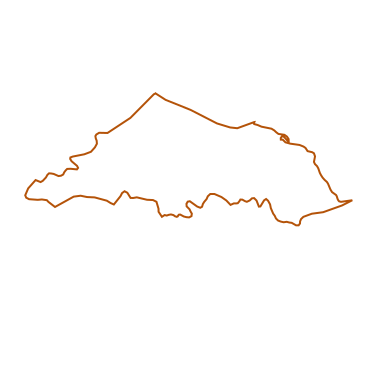 the Governorate of Lahij, rotated 217°
{"feature_id": "YEM-157", "entity_name": "Lahij", "entity_type": "Governorate", "adm_level": 1, "iso_a3": "YEM", "parent_name": "Yemen", "parent_adm1": "", "projection": "orthographic", "projection_center": [44.466, 13.315], "detail": "fine", "context": "isolated", "style": "outline", "palette": "amber", "viewbox_px": 384, "rotation_deg": 217, "n_neighbors": 0, "source": "natural_earth", "source_scale": "10m", "svg_char_len": 2423}
<svg xmlns="http://www.w3.org/2000/svg" viewBox="0 0 384 384"><g transform="rotate(217 192 192)"><path d="M184.3,285.4L183.9,283.9L183.2,283.7L179.9,285.0L175.8,286.0L166.6,290.4L163.4,290.7L160.6,290.4L157.9,290.4L152.6,293.3L149.5,293.4L146.7,292.4L145.1,290.4L147.0,290.5L150.5,291.2L152.5,291.4L153.7,290.4L153.6,288.5L152.6,287.3L151.0,288.4L147.3,287.9L142.7,289.7L134.4,294.3L130.3,295.4L127.9,295.5L124.3,294.2L120.0,296.1L117.9,296.3L115.2,294.5L112.7,289.4L110.6,288.3L107.7,287.9L105.4,286.9L101.4,284.2L99.1,283.1L96.4,282.1L93.5,281.5L90.3,281.2L88.4,280.5L82.9,277.3L80.1,276.2L75.1,276.3L73.8,275.7L71.6,274.1L70.2,273.4L68.9,273.1L67.1,273.8L59.0,281.9L64.1,271.5L75.1,254.8L83.2,246.8L88.1,239.2L88.6,236.0L88.0,233.6L86.8,231.8L86.8,229.5L88.8,228.0L93.8,227.4L95.9,226.2L98.4,225.2L100.6,223.0L103.3,221.8L106.1,221.0L109.0,221.4L111.6,222.8L114.2,223.6L119.4,226.6L122.2,229.1L126.0,230.8L128.6,231.0L129.4,228.7L128.7,221.6L129.8,220.6L135.3,224.0L138.7,224.5L140.3,223.0L140.8,220.0L142.3,217.2L144.1,216.6L147.2,216.2L148.8,215.1L148.6,213.0L148.7,210.6L149.9,209.4L151.7,208.1L153.5,204.9L159.5,205.9L165.5,205.7L172.9,203.9L176.2,201.4L176.8,198.1L176.1,195.2L176.3,191.5L176.1,189.0L175.1,186.3L175.9,184.4L179.1,183.5L188.2,183.3L189.6,181.7L189.3,179.2L187.6,177.3L183.5,176.7L181.5,175.6L179.1,174.6L177.9,172.4L179.0,170.0L181.2,168.6L183.8,167.5L187.8,166.9L188.8,166.0L188.9,164.9L188.7,164.0L189.2,163.0L191.0,162.4L192.9,162.4L195.3,161.4L196.8,159.8L198.0,158.0L200.0,157.1L201.1,154.1L206.8,156.1L208.7,158.5L214.5,162.8L218.3,162.1L223.3,158.7L232.9,154.5L235.4,151.8L237.5,150.3L243.2,152.5L246.3,152.0L247.2,149.1L246.6,145.6L246.9,135.0L250.3,134.2L254.8,133.8L266.5,129.1L272.8,124.8L278.7,122.0L283.7,117.1L292.4,97.6L300.7,97.7L303.0,98.1L307.4,95.7L310.5,92.9L317.8,88.2L321.0,87.7L323.2,89.0L325.0,96.3L324.1,107.4L318.9,108.8L317.9,111.1L317.4,115.7L317.8,118.7L317.4,120.9L315.5,122.1L313.3,123.2L308.2,124.4L306.4,126.2L305.4,128.5L305.9,130.8L305.9,133.2L305.6,135.3L302.9,137.5L297.5,140.8L297.5,142.7L299.6,143.7L306.7,144.1L309.2,145.1L309.9,146.4L308.6,148.5L300.7,157.3L296.9,163.3L296.4,169.2L297.0,173.3L299.0,175.6L301.1,176.9L302.8,178.5L303.0,180.3L301.8,183.4L295.0,188.3L285.8,214.1L281.3,247.1L280.5,248.5L280.5,248.8L268.5,249.7L242.6,256.7L213.3,261.8L200.4,266.5L194.2,270.2L184.4,285.3L184.3,285.4Z" fill="none" stroke="#b45309" stroke-width="2"/></g></svg>